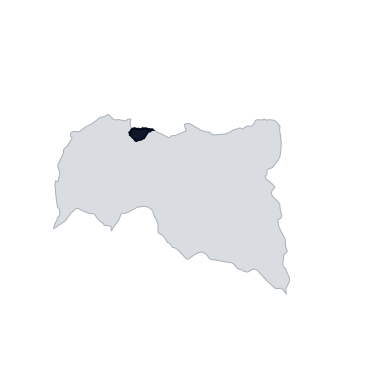 Markounda, Ouham, Central African Republic shown in context, rotated 32°
{"feature_id": "33826404B52601033142025", "entity_name": "Markounda", "entity_type": "district", "adm_level": 2, "iso_a3": "CAF", "parent_name": "Central African Republic", "parent_adm1": "Ouham", "projection": "natural_earth1", "projection_center": [17.237, 7.587], "detail": "fine", "context": "in_parent", "style": "filled", "palette": "ink", "viewbox_px": 384, "rotation_deg": 32, "n_neighbors": 0, "source": "geoboundaries", "source_scale": "gbopen_adm2", "svg_char_len": 6987}
<svg xmlns="http://www.w3.org/2000/svg" viewBox="0 0 384 384"><g transform="rotate(32 192 192)"><path d="M256.3,142.8L259.4,143.7L259.9,144.8L259.1,148.3L259.7,150.5L261.4,152.3L263.1,153.1L264.8,153.6L270.6,154.7L273.0,156.0L276.2,160.2L280.2,163.9L281.2,165.9L281.0,167.7L279.8,169.9L280.0,170.8L281.9,173.0L284.0,175.3L287.8,177.8L294.5,181.7L297.5,184.3L298.6,186.3L300.3,188.5L302.7,190.5L304.3,192.0L303.2,196.3L303.6,197.7L304.2,198.9L305.5,200.6L306.1,202.8L307.5,205.5L309.1,206.8L311.9,207.2L313.3,208.5L316.4,210.7L319.3,212.5L320.5,213.8L321.3,215.0L322.0,216.3L322.3,217.7L322.4,220.6L322.9,224.2L324.5,226.7L326.0,228.5L320.0,226.4L319.1,226.4L318.1,226.7L315.0,229.3L314.0,229.6L310.0,229.1L300.6,227.0L293.2,225.1L291.1,224.3L287.2,223.7L284.6,225.0L282.2,229.6L281.5,230.5L277.7,231.9L275.9,231.5L271.5,232.8L264.7,230.9L262.3,231.3L260.4,232.2L255.5,234.3L252.6,235.5L249.1,236.6L245.8,238.3L243.7,239.2L241.5,239.2L239.6,238.2L237.4,237.4L234.9,237.3L232.2,237.7L230.0,239.6L229.1,240.9L227.1,244.4L224.8,250.1L223.9,251.2L223.1,251.8L212.5,249.0L207.9,248.3L204.8,249.2L201.0,247.6L199.3,247.3L198.5,247.8L196.3,247.1L192.8,245.2L189.4,244.4L186.4,244.6L184.6,244.0L183.1,242.1L181.2,238.6L177.7,235.2L173.1,232.5L170.2,230.4L169.0,229.0L166.6,228.2L162.7,228.1L159.1,229.4L153.8,233.7L148.9,242.5L146.2,245.9L144.0,246.8L143.5,248.9L144.5,252.3L144.8,256.2L144.1,262.7L144.4,267.5L143.2,266.8L142.1,264.5L141.5,264.1L138.3,265.1L136.6,266.0L135.7,266.9L135.1,267.0L134.0,265.8L133.2,265.6L132.0,265.8L130.7,265.8L129.8,265.6L129.3,265.7L127.7,265.0L122.2,263.2L121.2,262.5L120.1,262.6L117.2,264.2L115.7,264.7L111.1,265.7L106.2,266.2L104.3,266.2L103.0,266.9L102.2,267.9L100.7,274.0L100.3,275.0L100.3,276.6L99.9,281.5L100.1,283.0L94.2,296.5L93.2,294.2L92.6,291.6L92.4,288.6L92.5,287.8L92.1,286.9L91.6,284.4L92.1,282.8L91.7,281.2L90.6,279.5L89.5,278.3L88.9,277.2L88.4,276.7L87.3,276.5L85.7,275.9L79.2,268.1L72.4,259.2L71.0,256.3L70.5,254.7L72.1,254.5L72.5,254.2L72.6,253.4L71.5,251.1L71.1,248.2L70.2,246.5L67.5,243.8L65.0,241.7L64.2,240.6L63.7,239.1L62.8,229.6L62.3,226.8L61.5,225.7L61.0,225.1L60.7,224.4L60.8,222.7L61.2,221.2L61.2,220.6L61.9,219.3L61.9,210.4L61.0,209.2L59.5,209.2L58.7,207.9L58.0,206.3L58.2,205.1L59.7,203.3L60.7,202.6L63.6,201.2L64.4,200.5L64.9,199.6L65.3,198.4L66.9,193.9L69.4,189.4L70.5,188.4L73.1,181.7L73.6,180.0L74.1,178.3L74.9,176.9L77.6,174.7L79.7,170.7L82.0,170.9L84.3,171.6L87.3,171.9L89.6,171.1L91.1,169.6L98.3,166.9L98.8,164.8L99.9,163.7L101.2,162.7L101.7,162.5L101.8,163.2L102.6,165.5L104.2,167.7L106.6,170.1L107.3,169.9L108.8,168.1L112.6,167.0L113.5,166.5L116.2,163.8L119.4,162.1L121.2,161.5L124.5,159.7L126.8,159.9L130.5,159.7L136.6,158.8L141.1,158.5L143.3,158.2L143.9,157.9L144.8,155.3L145.4,154.6L147.1,153.5L150.4,149.6L152.5,146.4L153.2,145.2L153.6,145.0L154.5,143.6L153.6,142.2L149.9,139.3L150.0,138.9L149.8,138.4L150.0,138.0L151.4,136.8L153.3,135.5L155.3,135.0L160.5,135.1L165.0,134.8L166.1,134.9L169.5,134.2L171.9,133.6L174.4,132.2L179.9,132.3L184.6,128.8L185.9,128.2L186.5,127.6L186.6,127.1L188.8,125.7L191.2,122.7L193.1,120.1L193.6,118.3L198.9,112.0L200.7,112.2L201.6,111.4L203.6,107.2L204.3,106.4L206.4,105.7L207.5,104.5L208.3,102.6L208.3,100.4L207.9,98.5L207.9,97.6L208.4,96.8L209.3,96.0L213.2,93.8L214.2,92.7L214.8,91.7L215.9,91.5L217.1,91.6L217.9,91.0L218.8,90.0L221.5,88.6L224.1,87.5L226.8,88.0L231.6,89.4L233.1,92.4L233.8,93.4L239.8,100.4L241.0,102.1L244.0,107.2L245.8,110.7L247.9,115.7L248.1,118.4L247.9,120.7L247.5,127.2L247.0,129.1L244.3,132.6L244.2,134.2L244.8,135.5L245.6,136.1L246.1,136.7L245.8,139.8L246.7,141.0L248.7,141.8L253.7,142.3L256.3,142.8Z" fill="#d9dde1" stroke="#a8b0b8" stroke-width="1"/><path d="M107.3,172.0L107.6,172.1L107.7,172.3L107.8,172.4L107.9,172.5L108.0,172.8L108.2,173.0L107.8,173.5L107.6,173.8L107.3,173.9L107.2,173.9L107.1,174.2L107.1,174.3L107.2,174.5L107.1,174.8L107.1,175.0L107.5,175.2L107.7,175.3L107.9,175.3L108.0,175.3L108.3,175.3L108.4,175.6L108.3,175.9L108.4,176.0L108.5,176.2L108.8,176.5L109.0,176.9L109.3,176.9L110.6,176.8L111.6,177.3L112.8,177.6L113.0,177.5L113.3,177.6L113.5,177.6L113.8,177.6L114.0,177.7L114.4,177.8L114.6,177.9L114.8,178.1L115.5,178.1L115.9,178.0L116.2,178.0L116.4,178.5L116.6,178.8L116.9,178.7L117.5,178.6L117.9,178.5L118.0,178.5L118.4,178.0L118.5,177.7L118.7,177.1L118.8,177.0L118.9,176.9L119.0,176.7L119.4,176.2L119.8,175.9L120.1,175.8L120.3,175.7L120.5,175.4L121.1,175.0L121.2,174.7L121.4,174.4L121.6,174.2L121.6,173.8L121.6,173.7L121.5,173.4L121.8,173.3L122.1,173.3L122.1,173.1L122.2,172.6L122.3,172.4L122.8,172.1L123.0,172.0L123.0,171.6L123.0,171.4L123.1,171.1L123.0,170.7L123.1,164.4L123.5,163.8L123.6,163.6L124.0,163.3L124.4,163.2L124.6,163.0L124.7,162.8L124.7,162.6L124.8,162.5L124.8,162.2L124.9,161.9L124.9,161.3L124.9,161.0L125.2,160.8L125.4,160.8L125.8,160.5L126.0,160.4L126.0,160.2L126.5,159.9L126.0,159.8L125.9,159.7L125.7,159.8L125.5,160.0L125.4,159.9L125.2,159.7L124.9,159.7L124.7,159.7L124.6,159.8L124.5,160.0L124.6,160.3L124.4,160.6L124.2,160.5L123.9,160.8L123.7,160.9L123.6,161.0L123.4,160.8L123.2,160.8L122.9,161.3L122.7,161.4L122.7,161.2L122.4,161.0L122.2,161.1L122.1,161.3L122.0,161.6L122.1,161.8L122.1,162.0L122.1,161.9L121.9,161.8L121.8,162.0L121.7,162.1L121.7,162.3L121.4,162.3L121.4,162.2L121.2,162.1L121.0,161.9L120.9,161.9L120.8,161.7L120.6,161.7L120.5,161.8L120.5,162.0L120.4,162.0L120.3,161.9L120.2,161.9L120.2,162.0L120.3,162.1L120.3,162.3L120.2,162.3L119.9,162.4L120.0,162.2L119.9,162.1L119.7,162.2L119.6,162.3L119.7,162.5L119.5,162.4L119.4,162.4L119.3,162.5L119.4,162.9L119.3,163.0L119.2,163.0L119.1,162.8L119.0,162.7L119.0,162.9L118.9,162.9L118.8,163.0L118.8,162.9L118.7,162.8L118.4,162.9L118.4,163.0L118.2,163.1L117.9,163.4L117.8,163.5L117.7,163.5L117.6,163.4L117.4,163.3L117.2,163.4L117.2,163.5L117.2,163.8L116.9,163.9L116.7,164.0L116.8,164.2L116.7,164.2L116.5,164.4L116.4,164.3L116.4,164.5L116.5,164.6L116.5,164.9L116.4,165.0L116.2,165.3L116.0,165.2L115.9,165.0L115.9,164.9L115.7,164.8L115.6,165.0L115.4,165.3L115.4,165.5L115.5,165.6L115.4,165.7L115.3,165.8L115.2,166.0L115.1,165.9L114.8,166.0L114.7,166.2L114.4,166.1L114.3,166.4L114.4,166.6L114.5,166.7L114.4,166.8L114.2,166.9L114.2,167.0L114.3,167.1L114.2,167.2L113.9,167.2L113.8,167.3L113.7,167.3L113.5,167.1L113.4,166.9L113.3,166.7L113.2,166.6L112.8,166.5L112.7,166.7L112.7,166.8L112.8,166.9L112.8,167.1L112.9,167.3L112.7,167.4L112.4,167.6L112.2,167.6L111.9,167.5L111.9,167.8L111.8,168.0L111.7,167.9L111.6,168.0L111.4,167.9L111.1,168.0L111.0,167.9L110.9,167.9L110.9,168.0L110.7,167.9L110.5,168.1L110.3,168.1L110.2,167.9L109.9,168.0L109.6,168.2L109.5,168.3L109.5,168.5L109.4,168.7L109.2,168.6L109.1,168.4L108.9,168.4L108.9,168.6L109.0,168.7L109.0,168.8L109.0,169.0L108.9,169.0L108.7,169.4L108.8,169.5L109.0,169.5L109.1,169.8L109.0,170.0L108.9,170.0L108.6,169.9L108.5,169.7L108.5,169.8L108.3,169.8L108.2,169.9L108.2,170.1L108.0,170.3L107.9,170.3L107.7,170.4L107.7,170.5L107.6,170.4L107.3,171.7L107.3,172.0Z" fill="#0f172a" stroke="#020617" stroke-width="1.5"/></g></svg>